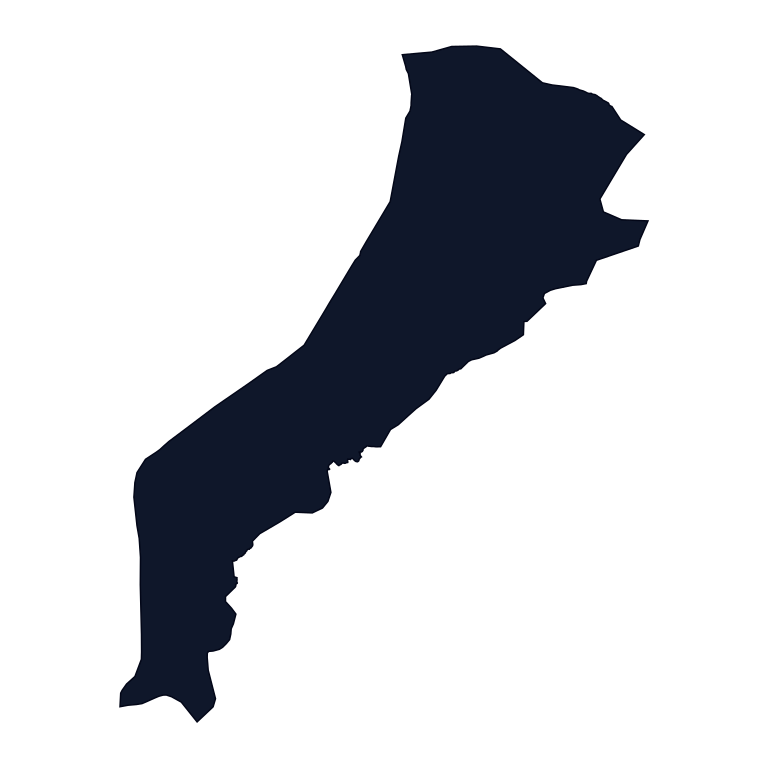 outline of Arewa Dandi, Kebbi, Nigeria
{"feature_id": "59680162B65662189989638", "entity_name": "Arewa Dandi", "entity_type": "district", "adm_level": 2, "iso_a3": "NGA", "parent_name": "Nigeria", "parent_adm1": "Kebbi", "projection": "orthographic", "projection_center": [4.072, 12.682], "detail": "fine", "context": "isolated", "style": "filled", "palette": "ink", "viewbox_px": 768, "rotation_deg": 0, "n_neighbors": 0, "source": "geoboundaries", "source_scale": "gbopen_adm2", "svg_char_len": 4335}
<svg xmlns="http://www.w3.org/2000/svg" viewBox="0 0 768 768"><path d="M644.3,134.6L620.7,120.0L611.9,106.5L611.4,106.3L610.9,106.3L610.0,105.6L609.4,105.2L609.1,104.8L608.9,104.1L608.7,103.5L608.3,103.0L607.9,102.7L607.4,102.6L607.0,102.3L606.7,102.0L606.0,101.8L605.5,101.4L605.0,101.3L604.5,100.9L603.7,100.6L603.1,100.2L602.4,99.7L602.0,99.2L601.4,98.7L600.9,98.2L599.9,97.8L598.8,97.0L597.8,96.4L596.9,95.6L596.1,95.2L595.0,94.6L593.8,94.4L592.4,94.2L591.7,93.6L591.0,93.3L590.4,93.4L589.6,93.4L589.3,93.4L588.9,93.4L588.5,93.3L588.0,93.2L587.2,92.9L586.3,92.4L585.3,91.9L584.2,91.4L583.3,91.0L579.1,89.8L578.2,89.2L576.6,88.6L575.1,88.1L574.4,87.9L573.6,87.6L560.8,86.0L552.2,85.0L542.4,82.8L500.4,48.9L476.6,46.1L451.7,46.5L431.8,52.1L402.3,54.7L405.7,66.4L406.3,69.5L408.4,73.6L411.7,93.8L411.8,94.6L411.6,95.4L411.2,101.9L411.1,103.3L411.2,104.1L411.1,104.4L411.1,105.1L411.2,105.4L411.2,105.6L411.0,106.0L410.9,106.6L410.8,107.2L410.7,107.8L410.4,109.1L410.0,111.1L405.8,118.1L401.9,141.8L398.8,155.8L397.6,162.1L394.3,179.7L390.2,201.6L389.9,202.1L366.2,241.8L360.6,251.5L360.4,253.4L360.3,253.7L360.2,253.8L360.0,254.6L360.0,255.3L359.7,255.6L355.3,260.1L352.2,265.1L348.4,271.4L335.0,293.8L329.8,302.3L326.0,308.8L319.7,319.3L304.1,345.2L295.5,351.9L287.0,358.6L276.4,366.8L267.2,370.4L247.7,384.2L214.9,406.8L185.8,428.8L169.0,441.4L164.1,445.7L160.0,449.5L156.3,452.2L145.5,459.3L137.0,472.6L136.0,477.4L134.9,482.5L133.9,497.2L137.0,525.8L139.2,538.4L140.5,557.3L140.3,584.7L141.0,613.4L141.5,634.7L141.6,652.1L141.4,659.3L134.9,676.6L134.7,676.7L126.6,684.0L122.5,689.8L122.1,690.4L120.7,693.1L120.0,706.7L128.2,705.2L136.3,704.5L142.0,703.6L146.9,701.5L154.0,698.3L159.0,696.2L163.1,695.1L166.3,695.0L171.5,696.7L181.3,702.1L197.1,721.9L213.1,706.8L215.5,698.7L208.2,670.2L207.7,663.7L207.2,657.5L207.3,653.2L208.5,651.4L213.2,651.0L219.4,649.3L222.6,647.3L226.4,643.5L229.6,639.6L230.8,634.0L231.2,628.8L233.4,623.8L235.9,614.1L231.6,608.3L225.5,601.6L225.5,596.6L235.3,587.0L235.8,585.9L235.8,585.4L235.6,584.5L236.2,584.1L236.8,583.5L237.2,583.3L237.3,582.9L237.1,582.6L237.0,582.2L236.9,581.7L236.8,581.3L236.8,580.9L236.8,580.5L237.0,580.2L237.1,579.9L236.9,579.6L236.9,579.2L236.9,578.7L237.0,578.1L237.0,577.7L234.1,576.8L232.4,560.9L233.4,561.1L234.3,561.0L235.1,560.6L236.6,560.1L237.6,558.2L238.3,557.6L239.0,557.2L239.8,556.9L240.6,556.3L241.0,556.4L241.6,556.4L242.2,555.8L242.7,555.2L243.6,554.9L243.9,554.2L244.4,553.8L245.4,552.8L245.7,551.5L246.5,551.1L247.3,549.7L248.4,549.1L249.4,549.2L249.8,548.4L250.9,548.0L252.6,545.7L252.8,544.4L252.4,541.2L259.7,533.7L262.6,532.0L280.5,521.5L295.2,512.2L312.3,512.9L322.5,508.0L327.9,501.4L330.9,492.4L327.2,471.4L327.7,469.3L328.3,469.3L329.0,469.6L329.6,469.1L329.0,468.3L328.3,467.5L328.5,466.6L328.7,465.5L329.6,464.4L330.7,463.7L331.5,462.9L332.4,462.1L332.8,461.1L333.9,461.1L334.9,462.1L336.0,463.1L336.7,464.0L337.7,464.8L338.3,465.4L338.9,465.6L339.3,465.1L340.6,464.6L341.4,464.0L341.9,463.2L343.2,463.0L344.4,463.3L345.4,463.2L346.3,462.7L347.0,462.6L347.7,462.5L347.9,462.0L347.6,461.2L347.6,460.6L347.4,460.2L347.9,459.1L348.7,459.3L349.7,459.2L350.5,459.5L351.3,458.5L352.3,458.3L353.1,458.9L354.0,460.0L355.0,460.9L355.7,461.4L356.5,461.6L357.3,461.8L358.0,461.5L358.7,460.9L359.0,460.0L359.2,459.0L359.7,458.6L360.1,458.0L360.6,457.4L361.4,456.9L360.7,456.0L359.9,455.2L359.8,454.7L360.2,454.2L360.1,453.5L359.6,453.3L359.6,452.6L359.2,452.4L359.2,451.9L359.9,451.8L360.8,452.1L361.4,452.0L362.3,451.4L363.0,450.2L362.9,449.3L364.0,448.1L365.4,447.2L366.0,446.8L366.8,446.0L367.7,445.9L368.7,446.2L369.3,446.2L371.3,446.5L373.6,446.5L376.1,446.8L380.6,446.7L390.5,429.5L398.3,424.7L408.0,415.9L415.9,408.8L429.0,399.2L436.1,390.3L444.7,376.2L447.4,373.6L450.0,373.5L451.5,372.6L452.9,372.7L453.9,372.4L454.3,371.7L455.4,370.9L456.5,370.9L457.8,370.3L459.7,368.7L460.7,368.9L468.3,361.5L471.6,359.8L478.9,358.2L483.6,356.2L486.1,355.0L494.0,352.8L497.2,351.0L497.9,350.2L500.5,348.2L515.1,340.4L523.3,334.8L523.4,334.7L523.9,321.6L524.9,321.4L527.0,321.3L545.6,303.6L542.9,297.9L544.4,293.5L550.3,290.3L555.5,288.7L572.7,285.2L581.0,284.6L586.2,283.6L586.6,281.2L596.4,260.3L638.3,246.0L639.9,239.6L648.0,220.9L621.6,219.8L603.4,211.9L599.9,199.0L611.6,179.3L626.5,154.4L644.3,134.6Z" fill="#0f172a" stroke="#020617" stroke-width="1.5"/></svg>